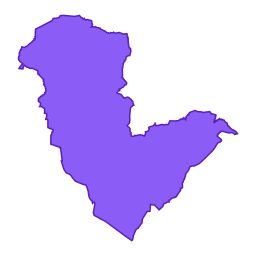 Takhli, Nakhon Sawan, Thailand (orthographic projection)
{"feature_id": "78962969B90565511373435", "entity_name": "Takhli", "entity_type": "district", "adm_level": 2, "iso_a3": "THA", "parent_name": "Thailand", "parent_adm1": "Nakhon Sawan", "projection": "orthographic", "projection_center": [100.411, 15.253], "detail": "fine", "context": "isolated", "style": "filled", "palette": "violet", "viewbox_px": 256, "rotation_deg": 0, "n_neighbors": 0, "source": "geoboundaries", "source_scale": "gbopen_adm2", "svg_char_len": 5733}
<svg xmlns="http://www.w3.org/2000/svg" viewBox="0 0 256 256"><path d="M237.5,133.7L236.0,131.6L233.6,130.1L231.4,129.1L229.7,127.4L228.7,126.0L227.7,125.8L227.2,123.2L225.1,121.9L224.1,120.1L222.8,119.8L222.5,119.6L221.4,119.8L221.1,119.4L221.2,119.1L220.9,119.0L219.4,119.5L219.2,118.7L217.9,119.8L217.2,120.1L217.1,121.0L216.5,121.0L216.2,120.3L215.4,120.7L215.5,121.3L215.0,121.5L215.3,121.6L215.2,121.9L214.3,122.6L214.2,122.3L214.5,121.8L214.1,121.3L214.6,120.3L214.4,119.7L214.8,119.6L215.0,118.7L215.5,118.0L215.5,117.4L215.7,116.9L215.4,116.4L216.0,115.6L215.8,114.8L214.1,114.3L210.9,113.7L210.8,112.8L209.6,111.5L209.0,111.8L204.6,112.2L203.4,112.5L201.6,111.9L197.3,111.6L195.2,110.5L189.5,112.5L189.4,113.0L188.8,113.5L188.8,114.3L188.6,114.6L187.7,114.7L187.3,115.7L186.3,116.4L186.0,116.8L185.9,117.2L186.2,117.9L185.8,118.3L185.9,119.2L185.5,119.2L185.5,119.6L185.2,119.3L185.5,118.9L185.1,118.8L185.0,118.6L184.2,118.7L184.3,118.4L183.9,117.8L183.7,118.1L183.1,118.0L182.4,119.3L181.0,118.9L179.3,120.1L177.9,120.7L174.0,121.0L170.0,120.8L168.2,124.3L167.8,124.6L166.9,124.7L166.1,124.4L165.0,124.8L163.6,125.0L162.0,124.4L158.2,125.4L156.0,125.7L155.1,123.4L154.6,124.4L152.9,126.1L151.4,126.3L149.2,127.0L148.8,127.6L149.1,127.8L148.9,128.6L149.2,128.9L149.2,129.5L148.4,130.4L148.0,131.4L146.1,131.5L145.4,131.8L145.5,132.7L145.3,134.4L145.0,134.7L145.0,135.2L144.4,135.5L144.5,135.9L144.1,136.1L142.4,135.1L142.2,135.3L140.3,134.7L139.7,135.1L138.5,135.0L136.5,135.5L134.5,135.4L134.4,136.1L132.9,136.4L131.3,136.1L131.2,134.7L130.7,133.9L131.2,132.8L130.1,131.7L130.0,128.6L128.9,127.2L127.8,126.6L127.2,125.6L129.6,122.7L129.4,122.0L129.6,121.9L129.8,120.3L129.7,115.8L130.3,109.3L130.8,107.4L132.4,106.1L133.1,105.2L133.8,105.1L133.3,104.2L132.7,101.4L131.3,99.9L131.1,99.3L130.3,99.0L128.8,97.5L127.4,97.1L126.2,97.6L125.1,97.7L124.6,98.0L123.9,98.0L121.3,94.6L120.3,94.1L117.2,93.4L116.9,92.8L118.3,91.0L119.8,90.6L119.8,90.0L119.1,89.4L119.1,89.0L119.5,88.8L120.2,88.9L123.5,86.8L123.6,86.5L125.0,84.8L126.0,84.9L126.7,83.4L126.5,82.3L125.7,81.7L125.3,81.0L124.7,80.7L124.5,80.1L124.0,79.5L123.3,79.3L122.9,77.9L122.1,77.8L121.9,77.3L122.4,76.5L122.5,74.8L122.3,68.3L122.6,68.2L122.9,67.1L122.8,65.9L123.6,62.6L124.1,61.9L124.7,61.7L125.0,61.0L125.0,60.2L125.9,59.4L125.9,57.3L127.8,55.9L129.8,55.5L130.9,51.0L130.5,49.4L130.6,48.8L130.0,48.4L129.7,47.7L129.3,47.6L128.7,46.0L128.6,44.0L128.2,43.4L128.3,42.1L128.0,41.1L128.3,40.2L128.0,39.8L128.2,39.1L127.8,38.7L128.0,38.2L127.7,37.7L128.0,37.4L127.8,36.9L127.5,37.0L126.9,36.1L127.2,34.7L127.1,34.0L126.8,33.7L126.2,33.7L125.3,34.0L123.2,33.9L119.1,32.5L116.9,33.0L115.4,33.1L113.5,32.2L113.0,32.8L110.7,32.6L110.2,33.2L109.0,33.3L108.6,32.8L107.1,32.8L104.6,30.8L103.8,30.8L102.3,29.8L101.1,29.5L100.1,28.1L99.5,28.2L98.1,27.6L97.5,27.8L95.3,26.7L95.0,27.1L93.5,26.7L91.5,26.9L91.8,26.6L91.8,26.0L92.6,24.3L92.1,23.8L91.7,22.2L91.8,21.7L91.6,20.7L87.1,19.5L86.6,19.8L84.9,19.6L84.3,18.3L83.3,19.1L81.9,17.7L81.0,17.3L79.5,15.5L74.6,16.4L63.5,15.4L60.4,15.6L59.5,16.6L59.4,17.2L58.5,17.7L55.7,18.4L54.5,18.2L53.2,18.5L52.9,18.8L52.4,20.2L51.8,20.8L35.9,29.0L35.6,29.1L35.3,33.4L35.4,36.5L34.9,36.6L35.3,38.3L33.9,39.0L34.6,39.8L33.3,40.5L30.9,42.9L29.8,43.6L27.6,45.8L26.6,46.4L25.6,46.6L24.5,47.5L21.9,46.8L21.2,49.9L20.6,49.7L19.4,52.8L19.2,53.7L19.5,53.9L19.4,54.4L19.6,54.5L19.5,55.3L18.8,56.4L18.5,57.5L18.6,59.7L20.0,61.5L22.8,63.7L21.1,65.3L18.9,68.5L19.4,68.7L19.8,68.6L22.9,68.9L23.1,67.9L24.1,65.1L26.9,67.2L29.0,67.8L29.6,68.3L30.5,68.5L31.8,68.2L34.4,69.1L38.0,71.0L37.8,72.6L38.0,74.2L39.2,74.4L39.2,75.0L39.5,75.4L41.6,77.3L42.6,78.8L43.2,78.9L43.6,79.5L43.2,81.1L43.8,81.6L44.3,82.5L43.6,83.9L43.9,85.0L44.4,85.0L44.6,85.9L44.8,86.1L45.0,86.7L45.3,87.0L45.5,88.4L45.9,88.7L45.6,89.9L45.8,91.3L45.7,91.9L44.8,92.5L45.0,93.5L44.7,94.3L44.2,94.2L43.0,94.9L42.4,95.3L42.0,96.1L41.5,95.9L40.3,96.7L40.3,97.1L40.1,97.4L39.3,97.8L39.0,98.5L38.6,98.5L38.2,100.3L38.4,100.7L38.4,101.1L38.9,101.2L38.9,101.4L39.2,101.5L39.1,101.9L40.1,102.4L40.5,103.2L40.5,104.6L40.1,105.2L40.3,105.8L39.7,106.6L42.0,106.7L42.9,107.6L44.7,108.7L44.8,109.2L44.4,110.6L44.8,111.1L44.7,112.0L44.4,113.2L46.4,113.6L46.7,114.2L46.9,115.1L46.6,116.1L46.5,118.1L46.0,118.2L45.8,118.8L45.8,119.4L47.3,119.5L47.9,119.8L47.9,127.6L53.1,129.8L52.9,131.9L52.1,131.9L51.7,134.3L51.2,134.7L50.9,135.5L50.8,144.1L58.0,146.7L59.5,147.0L59.5,147.6L60.5,147.5L62.2,160.8L61.3,160.9L63.7,168.8L66.0,172.6L66.6,173.1L69.2,174.1L70.9,175.3L72.3,177.5L75.3,181.1L81.6,183.8L86.2,185.3L88.1,190.8L89.0,196.7L89.5,198.0L91.3,200.5L92.0,200.5L92.5,203.3L94.1,202.1L94.9,203.7L93.3,212.9L94.2,215.4L98.5,217.6L100.0,218.7L105.1,221.1L125.9,236.5L131.8,240.6L132.6,239.9L133.5,235.4L136.0,229.5L137.1,228.6L138.1,228.3L139.1,226.6L142.1,222.7L142.2,219.7L142.8,218.3L147.1,211.5L149.9,211.3L150.6,204.5L154.6,205.1L159.1,209.8L162.7,206.6L163.8,203.9L168.1,201.8L169.0,202.1L169.1,200.9L169.5,200.7L169.3,200.3L170.9,199.3L170.9,198.9L172.2,197.9L174.9,197.5L174.9,197.1L176.4,196.6L179.0,192.3L180.6,190.4L180.4,188.4L181.6,188.4L182.6,187.1L182.4,185.5L182.5,185.2L182.3,184.9L182.4,182.8L183.2,182.1L183.3,181.2L183.8,179.8L184.1,179.7L184.4,179.2L186.1,173.2L187.6,171.6L188.7,169.9L189.8,166.8L192.1,166.0L194.2,166.0L199.1,163.7L202.0,161.1L212.1,151.2L214.5,148.3L216.0,145.6L217.9,142.9L219.4,142.2L219.8,142.4L220.1,141.9L221.3,141.1L221.6,140.3L221.4,139.6L217.0,136.0L217.3,135.3L217.6,135.4L218.0,134.3L217.9,133.8L218.7,133.7L218.8,133.3L219.3,132.9L219.2,132.7L219.9,132.4L220.1,132.0L220.6,132.1L221.1,131.3L221.8,131.1L228.1,132.8L228.9,132.6L229.5,133.0L230.4,132.7L232.3,132.6L233.9,133.5L234.7,134.5L237.5,133.7Z" fill="#8b5cf6" stroke="#5b21b6" stroke-width="1.5"/></svg>